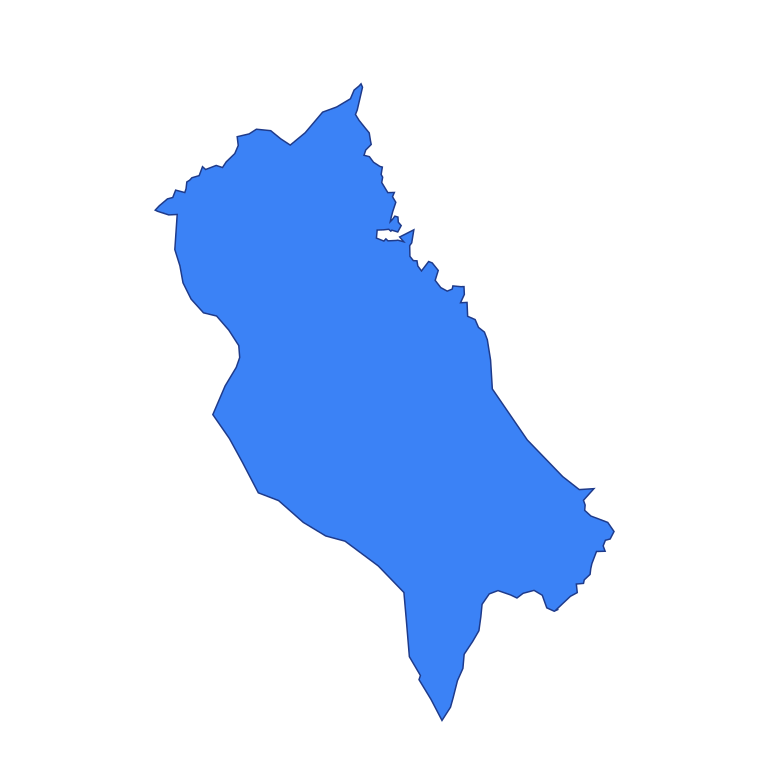 Melini, Larnaca, Cyprus (Natural Earth projection), rotated 46°
{"feature_id": "46923920B72059486162675", "entity_name": "Melini", "entity_type": "district", "adm_level": 2, "iso_a3": "CYP", "parent_name": "Cyprus", "parent_adm1": "Larnaca", "projection": "natural_earth1", "projection_center": [33.15, 34.867], "detail": "fine", "context": "isolated", "style": "filled", "palette": "blue", "viewbox_px": 768, "rotation_deg": 46, "n_neighbors": 0, "source": "geoboundaries", "source_scale": "gbopen_adm2", "svg_char_len": 2304}
<svg xmlns="http://www.w3.org/2000/svg" viewBox="0 0 768 768"><g transform="rotate(46 384 384)"><path d="M100.0,427.8L102.5,426.9L112.8,421.4L118.4,415.0L142.0,441.1L157.2,448.7L171.6,458.3L189.0,463.8L207.4,464.4L218.8,457.2L237.4,458.2L255.5,461.8L264.7,469.4L269.4,478.7L275.0,499.6L287.1,528.4L315.9,533.1L342.2,540.3L375.0,550.0L394.7,540.8L427.5,538.2L452.8,531.5L470.0,521.2L510.9,514.5L547.8,514.5L572.0,534.1L597.8,555.2L619.0,560.3L621.0,564.2L643.6,569.3L666.3,576.0L662.7,560.7L657.7,552.2L648.4,537.2L643.4,524.8L634.1,514.1L630.8,499.1L627.4,487.1L618.6,475.9L610.6,466.5L608.1,454.1L611.8,445.5L623.6,439.5L630.3,437.0L631.2,429.3L636.7,419.4L645.9,416.9L654.3,420.7L658.1,422.4L665.7,419.4L667.2,415.1L666.0,416.3L666.2,397.4L668.3,389.9L661.5,384.6L666.0,379.0L664.0,376.0L664.1,368.0L660.5,363.6L657.6,359.2L652.1,347.5L657.9,341.1L652.7,338.8L650.2,333.3L652.6,329.0L649.9,321.0L639.0,319.2L622.7,326.9L614.3,327.4L610.8,323.4L606.2,321.3L605.1,305.7L595.6,316.9L574.7,319.8L523.8,319.8L462.8,309.5L440.8,290.7L423.9,278.9L416.4,275.7L408.9,276.7L401.0,273.7L393.4,276.8L383.0,267.6L378.7,272.5L375.4,264.0L369.5,258.8L367.3,261.2L361.3,266.3L363.1,269.0L361.1,274.0L354.1,276.2L345.0,275.2L340.0,266.1L330.4,265.2L326.9,266.8L328.7,278.5L322.6,277.7L318.3,274.7L315.6,277.2L310.2,276.7L302.3,269.4L301.7,266.0L293.8,255.4L289.1,270.6L295.4,271.0L290.1,274.2L289.3,275.4L283.8,281.7L280.9,281.8L281.1,284.8L273.8,288.1L268.5,282.0L272.8,277.2L276.0,273.1L278.8,272.9L278.8,271.5L284.2,268.5L282.0,261.6L277.5,261.3L273.6,258.0L270.8,259.6L271.5,263.6L271.6,266.7L268.9,262.7L266.0,257.9L261.5,249.3L258.1,248.5L255.2,247.8L253.4,243.5L249.0,248.3L237.5,245.7L234.3,241.3L231.3,240.5L226.8,234.5L224.6,235.8L217.2,237.5L210.3,236.6L205.6,239.5L203.0,234.6L202.8,226.8L199.7,224.8L193.1,220.2L185.8,219.6L177.1,218.8L170.3,217.3L168.3,212.9L155.6,193.3L152.1,192.0L152.3,194.9L151.8,201.3L155.5,210.0L151.8,225.7L145.8,239.3L148.5,266.2L147.0,285.5L135.8,288.0L123.1,289.5L112.1,298.8L110.4,307.3L104.1,317.8L111.2,323.2L114.6,331.3L114.6,343.2L116.1,349.8L110.2,352.9L105.8,363.3L101.6,363.6L105.7,372.2L102.2,378.9L102.4,382.2L101.7,385.5L106.0,390.7L107.9,394.3L99.8,399.2L103.1,406.4L100.4,411.2L99.7,421.9L100.0,427.8Z" fill="#3b82f6" stroke="#1e3a8a" stroke-width="1.5"/></g></svg>